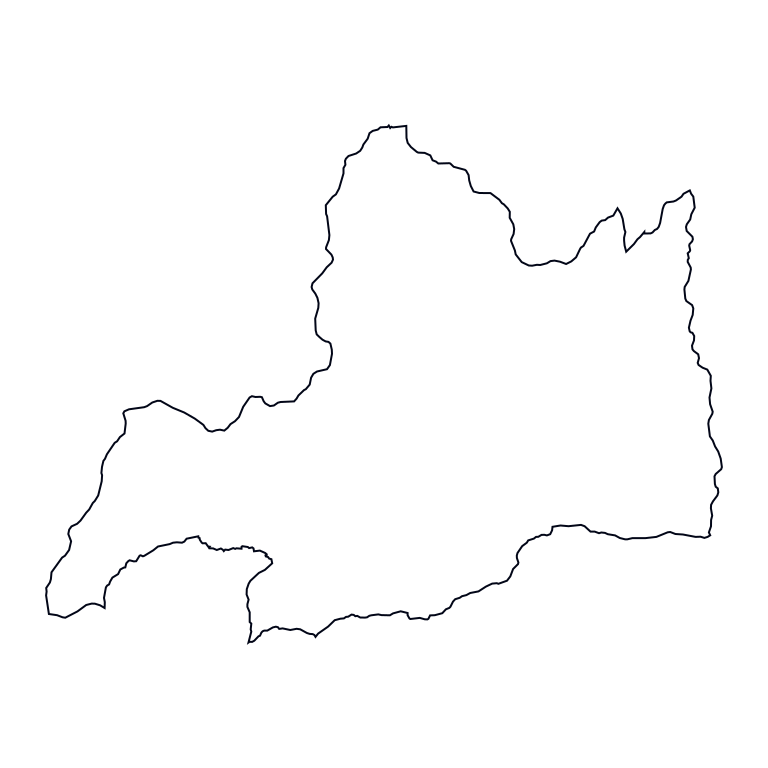 outline of Susacón, Boyacá, Colombia
{"feature_id": "7082276B12166433159462", "entity_name": "Susacón", "entity_type": "district", "adm_level": 2, "iso_a3": "COL", "parent_name": "Colombia", "parent_adm1": "Boyacá", "projection": "albers", "projection_center": [-72.721, 6.224], "detail": "fine", "context": "isolated", "style": "outline", "palette": "ink", "viewbox_px": 768, "rotation_deg": 0, "n_neighbors": 0, "source": "geoboundaries", "source_scale": "gbopen_adm2", "svg_char_len": 6099}
<svg xmlns="http://www.w3.org/2000/svg" viewBox="0 0 768 768"><path d="M718.2,451.5L715.1,446.5L712.8,440.6L709.9,436.4L708.3,423.7L708.9,420.0L712.3,413.8L712.7,411.7L710.1,404.2L709.5,397.5L711.4,388.4L710.5,380.8L710.8,375.8L707.3,369.6L702.6,367.7L698.6,365.0L697.7,362.9L699.0,358.2L698.2,354.3L693.9,351.1L692.5,349.4L692.0,345.7L694.0,340.4L694.2,336.0L692.4,332.8L690.6,332.3L689.7,331.3L688.9,327.7L690.5,320.7L692.7,314.9L693.3,308.4L692.1,305.1L686.4,301.1L685.3,298.6L684.4,289.5L684.7,286.9L688.4,280.9L690.9,269.5L690.7,267.5L687.7,261.9L687.8,259.8L688.8,258.2L687.7,253.3L689.8,251.3L690.2,250.2L689.2,245.7L689.5,244.2L692.1,241.4L692.9,239.2L692.4,236.7L686.7,231.0L686.0,227.0L686.8,224.3L690.2,219.5L691.3,214.3L694.7,207.7L693.3,196.6L691.1,193.7L689.8,190.4L683.5,193.8L681.5,196.7L676.0,200.5L673.5,201.5L666.7,202.4L665.3,203.6L664.0,205.3L662.7,209.0L660.1,223.0L658.7,226.9L657.1,228.9L654.8,230.0L652.5,232.5L650.6,233.4L644.3,233.5L644.3,232.0L640.0,237.1L637.5,239.2L633.9,244.1L626.2,251.7L624.6,245.6L624.1,240.7L624.1,237.6L625.4,232.0L624.4,229.3L622.7,218.9L620.8,213.5L617.5,208.3L613.3,215.6L608.0,217.6L605.2,220.1L601.7,220.6L599.7,222.1L595.8,227.4L594.1,231.5L590.0,233.7L583.5,245.9L580.9,247.6L580.1,248.9L576.1,257.3L571.3,261.4L566.1,264.0L560.0,261.7L554.5,260.6L550.5,261.1L546.9,263.3L540.2,265.0L536.9,264.8L532.2,265.7L528.8,265.5L521.7,262.1L515.7,254.4L514.9,250.5L511.0,240.8L511.2,239.2L513.6,234.0L514.2,229.1L513.3,224.3L509.7,217.8L509.8,211.8L507.7,208.4L503.8,204.3L501.9,203.2L499.4,199.8L490.5,193.1L479.3,193.0L473.6,191.5L470.8,186.0L469.2,180.4L468.6,175.1L466.1,170.7L464.9,169.8L453.7,166.8L450.3,163.5L449.2,163.2L438.3,163.5L436.0,161.6L432.6,160.3L430.3,155.4L424.7,152.9L418.2,152.6L416.8,151.9L411.0,147.1L407.7,142.9L406.5,138.0L406.3,125.9L392.9,127.4L391.4,126.8L390.2,128.0L388.8,125.5L387.5,127.0L380.5,127.3L377.8,129.6L372.7,130.9L369.5,133.2L367.7,138.7L363.4,144.5L362.3,147.5L360.2,150.8L356.2,153.5L348.5,156.0L345.9,158.7L345.0,161.0L345.4,164.8L343.5,168.1L343.5,173.4L339.1,188.5L335.9,194.4L332.7,196.7L325.8,205.2L326.1,214.0L327.1,216.3L329.4,235.1L328.9,240.1L326.1,247.3L326.0,249.0L331.4,254.6L332.7,257.4L333.0,259.6L331.6,262.7L326.7,267.3L322.3,273.3L312.5,283.3L311.6,287.0L312.3,289.5L315.3,293.6L317.4,297.8L318.6,303.2L318.3,307.9L315.2,318.6L315.7,330.4L316.7,334.4L319.5,337.1L322.5,339.7L325.6,341.4L328.5,341.9L330.4,343.6L331.8,349.7L332.0,353.8L329.9,365.1L327.0,369.2L317.0,371.5L313.4,373.8L311.1,377.7L309.7,384.6L305.8,389.2L304.0,390.1L298.4,395.5L296.6,398.6L294.1,401.4L280.6,402.0L277.9,402.7L273.9,405.5L270.0,406.1L265.3,403.4L263.7,401.3L261.9,397.2L260.2,396.8L255.5,397.0L251.9,396.2L249.6,397.5L243.2,406.8L239.0,417.0L235.0,421.2L230.5,424.1L227.7,427.8L224.3,430.6L220.0,429.7L216.2,430.2L212.2,431.6L208.3,430.8L205.5,428.2L203.4,424.9L194.8,418.6L184.2,412.5L172.8,407.8L160.5,400.9L157.4,400.8L152.3,402.5L147.1,406.1L144.2,407.2L129.0,409.3L124.4,411.3L123.3,413.3L125.6,420.8L125.7,423.6L124.5,433.5L119.9,437.1L117.1,441.3L114.7,442.8L106.9,454.3L105.0,458.8L103.4,460.9L102.0,466.9L101.4,473.0L102.1,475.2L101.7,481.3L98.2,495.5L94.8,501.0L92.8,503.0L89.2,509.5L86.2,512.7L80.5,520.6L77.1,523.8L71.5,526.4L69.2,529.6L68.3,534.0L71.1,541.3L69.1,550.0L65.0,555.7L62.1,557.6L51.5,572.3L50.9,579.1L49.9,582.5L46.2,588.0L46.6,591.6L46.1,595.4L48.9,614.0L57.1,615.2L62.6,617.3L65.3,617.7L77.5,611.4L86.2,605.0L91.7,603.6L94.9,603.7L100.1,605.3L104.6,608.0L104.8,602.2L104.0,597.9L105.9,587.4L107.1,585.6L109.1,584.4L110.1,581.6L112.4,577.6L118.1,574.1L120.3,569.5L123.8,567.6L125.3,567.4L126.3,563.3L128.3,561.1L129.6,560.3L133.9,561.4L136.2,561.2L139.6,555.7L140.7,555.3L142.9,556.3L144.3,555.8L153.3,550.3L158.0,546.5L169.7,544.1L173.0,542.7L176.9,542.3L182.0,542.7L184.3,541.6L186.6,538.7L198.3,536.3L198.5,537.7L199.6,538.1L199.8,539.7L201.7,542.6L202.6,543.3L205.7,543.2L208.1,546.5L209.6,546.7L208.9,547.6L209.3,548.3L213.1,548.4L216.8,550.0L220.9,548.5L222.9,549.8L223.8,551.1L225.2,549.6L228.5,550.0L233.2,548.1L235.2,548.9L236.4,548.3L241.5,548.7L241.6,546.7L242.4,546.2L247.8,547.0L249.1,548.1L252.2,547.4L253.5,548.4L254.0,551.3L259.9,550.6L265.2,553.0L266.7,554.3L266.7,554.9L265.5,555.4L265.8,556.4L268.0,557.0L269.2,558.6L271.4,559.2L272.2,563.3L264.9,569.9L258.9,572.9L250.4,580.8L248.7,583.6L246.8,589.1L246.6,594.5L248.6,599.6L247.4,604.2L247.4,606.9L249.7,612.3L249.7,622.0L251.3,623.6L250.7,629.4L251.3,631.6L248.5,642.5L249.5,641.8L252.1,641.9L254.3,640.7L258.5,636.3L260.0,635.7L261.4,632.6L262.6,631.3L264.2,630.6L267.3,630.6L272.9,627.4L275.9,626.7L277.9,627.2L279.2,628.9L282.6,628.4L290.3,630.0L296.6,628.8L300.2,629.3L306.9,633.0L309.7,633.9L312.7,634.1L314.4,635.0L315.5,636.9L318.1,633.6L328.1,626.6L334.7,620.2L340.4,618.7L343.9,618.4L346.0,616.9L348.2,616.7L351.5,614.6L353.7,614.9L355.3,616.2L357.3,615.9L360.2,617.5L365.1,617.6L367.1,617.3L369.3,615.8L371.3,615.3L378.3,614.4L381.5,615.1L389.9,615.3L393.0,613.4L400.7,611.3L407.6,613.0L407.6,615.2L409.4,618.4L410.3,619.0L419.8,617.9L424.8,619.3L427.4,619.4L428.4,618.8L430.1,615.4L434.8,615.2L442.3,613.2L445.9,609.3L449.3,607.9L450.4,606.8L453.0,601.6L455.2,599.2L459.7,597.8L462.0,596.2L466.4,595.1L470.2,593.0L478.5,591.4L485.9,586.6L492.2,583.6L496.8,583.2L498.4,583.8L507.0,580.7L510.3,576.4L513.1,569.0L518.0,564.1L518.4,562.5L516.9,558.0L516.8,555.6L517.5,553.0L522.2,546.1L526.8,542.7L528.2,540.4L533.9,538.6L536.0,536.9L538.3,536.8L541.5,534.9L544.3,534.8L546.9,535.4L550.2,534.2L552.1,530.3L552.5,526.8L560.5,525.5L568.5,526.2L581.0,524.9L584.6,526.2L590.5,531.6L594.7,531.6L599.0,533.2L601.3,532.5L605.0,532.9L607.8,534.2L615.1,535.4L619.8,538.0L625.0,539.3L627.4,539.3L632.5,538.1L645.7,538.1L656.4,536.9L667.7,532.3L670.2,532.0L675.4,534.0L682.9,534.5L695.6,536.9L700.5,536.7L704.4,537.9L707.6,536.9L710.2,535.3L708.9,532.4L711.0,526.3L711.1,519.9L712.2,515.7L710.9,508.3L711.1,504.8L713.0,501.3L717.4,495.4L718.3,492.3L717.8,488.4L715.7,486.7L714.9,484.0L714.5,476.3L715.7,474.0L721.2,469.2L721.9,467.1L720.7,458.6L718.2,451.5Z" fill="none" stroke="#020617" stroke-width="2"/></svg>